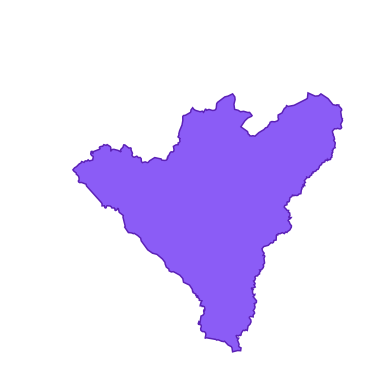 Dak Mil, Đắk Nông, Vietnam, rotated 200°
{"feature_id": "81297802B8433513238207", "entity_name": "Dak Mil", "entity_type": "district", "adm_level": 2, "iso_a3": "VNM", "parent_name": "Vietnam", "parent_adm1": "Đắk Nông", "projection": "mercator", "projection_center": [107.656, 12.52], "detail": "fine", "context": "isolated", "style": "filled", "palette": "violet", "viewbox_px": 384, "rotation_deg": 200, "n_neighbors": 0, "source": "geoboundaries", "source_scale": "gbopen_adm2", "svg_char_len": 5905}
<svg xmlns="http://www.w3.org/2000/svg" viewBox="0 0 384 384"><g transform="rotate(200 192 192)"><path d="M92.0,59.5L92.6,62.3L94.6,62.5L95.5,63.2L95.7,65.1L98.6,68.3L98.1,70.6L100.0,70.3L101.3,72.0L100.8,72.6L99.1,72.6L98.6,73.6L97.5,73.7L97.0,74.2L97.4,76.4L96.7,79.3L96.0,79.8L94.9,79.8L94.4,80.9L92.7,80.8L93.5,85.3L92.3,87.5L92.1,90.1L93.0,92.0L94.9,93.1L95.3,93.9L94.6,95.0L91.8,95.6L92.5,97.2L91.7,99.5L92.3,100.5L93.9,101.6L93.3,103.8L93.4,105.6L94.2,106.1L94.5,107.7L95.3,108.4L93.7,110.1L94.2,111.9L98.7,114.5L97.8,116.5L97.9,117.3L98.9,116.6L99.6,116.9L100.6,118.0L101.5,120.3L101.1,121.2L101.9,121.5L102.6,121.2L103.2,121.9L103.0,122.3L101.9,122.5L100.1,124.3L102.0,126.2L101.4,126.7L101.4,127.6L103.7,129.4L102.9,130.3L102.8,132.4L103.9,133.5L103.0,135.1L101.7,135.6L101.4,137.2L100.5,138.1L101.1,139.6L100.6,141.0L101.7,141.9L100.1,142.7L99.2,145.3L99.3,146.9L100.2,147.9L99.5,150.1L101.7,154.3L101.6,156.5L102.2,157.1L103.5,156.7L103.3,159.2L105.4,160.5L106.8,162.7L105.9,165.3L102.1,168.0L100.5,171.3L99.0,171.6L98.3,172.5L98.4,174.5L96.5,175.6L97.9,180.2L97.7,180.8L96.7,180.9L96.7,182.4L95.0,182.8L93.3,184.7L91.0,184.5L90.4,186.3L88.9,186.5L88.8,187.3L87.1,189.8L86.6,192.9L87.0,194.3L89.2,195.7L90.3,197.1L91.9,197.9L91.7,199.2L90.4,200.7L90.1,201.9L92.2,201.2L92.5,201.8L91.9,203.3L93.0,205.7L94.5,205.9L94.9,207.7L96.5,207.3L98.5,208.6L99.9,209.0L100.3,210.2L100.1,211.1L98.4,212.5L99.2,214.9L98.8,215.5L97.8,215.7L97.4,216.6L98.0,220.2L96.6,222.0L96.6,223.4L96.0,223.6L95.0,223.3L94.4,224.0L92.2,224.6L91.4,225.1L91.0,226.4L89.1,227.7L89.9,231.1L89.8,232.9L90.3,233.3L89.9,234.8L89.2,234.9L89.1,235.4L90.0,236.4L88.4,236.7L89.4,237.8L89.3,239.0L88.7,239.7L90.3,241.0L89.0,244.6L89.3,245.2L88.1,245.1L86.7,246.0L86.7,247.3L85.4,249.0L85.8,250.5L84.7,251.4L85.2,252.1L82.8,254.0L82.4,255.6L81.2,256.5L80.9,258.7L81.1,259.7L80.5,261.2L79.7,261.9L79.8,263.7L77.5,265.7L77.6,267.4L77.0,267.8L75.8,267.8L75.9,268.6L75.5,268.2L75.4,268.8L74.7,268.7L74.4,269.4L73.7,269.4L73.0,270.0L73.2,271.7L72.5,272.5L72.9,273.2L72.8,274.2L73.7,275.1L73.4,276.0L73.8,276.7L73.3,277.6L74.4,279.1L73.8,279.8L74.0,280.9L73.7,281.6L72.6,282.6L73.4,283.4L74.2,287.2L76.6,289.1L76.1,290.4L77.6,292.7L78.9,293.8L78.9,294.5L79.9,295.4L80.9,297.2L79.7,300.2L78.0,300.7L77.0,301.6L74.5,301.8L73.7,302.6L73.4,303.7L75.5,306.5L75.0,310.5L75.7,311.3L75.6,312.2L76.8,312.9L79.8,318.5L79.3,320.2L80.0,321.3L83.4,323.1L83.7,324.0L85.7,323.5L85.7,322.8L89.5,322.3L96.1,326.3L104.4,328.3L105.9,325.7L109.1,324.2L116.9,324.8L115.6,319.5L116.6,318.1L125.7,308.4L130.9,305.3L132.7,305.5L132.7,303.5L133.8,302.2L134.5,297.1L137.4,293.8L136.5,291.2L135.5,290.1L135.9,288.2L138.2,286.3L141.1,285.5L142.4,284.3L142.4,282.1L143.0,281.0L143.3,278.7L144.9,277.4L145.8,275.2L149.5,270.7L151.9,266.0L154.1,265.7L155.1,265.0L157.0,264.6L157.6,265.3L159.0,265.7L160.5,267.8L168.4,270.0L166.6,277.1L164.8,280.7L161.9,283.5L161.7,284.4L165.1,286.5L166.8,285.8L171.1,285.5L173.9,284.0L176.6,284.6L180.2,284.2L182.6,288.8L183.1,293.5L184.3,296.0L187.4,298.1L190.9,294.5L193.7,292.6L198.7,284.9L199.0,283.3L197.9,279.1L198.0,277.6L198.9,276.4L200.8,275.6L204.3,275.4L206.2,273.8L207.2,274.5L207.7,274.4L208.4,270.8L210.0,271.5L211.8,270.2L216.7,269.9L218.5,270.3L220.2,271.4L221.0,268.9L220.6,266.8L220.9,266.0L224.5,261.8L226.2,260.9L226.5,259.7L225.1,256.1L224.3,251.6L224.6,245.4L224.3,242.3L223.8,241.2L224.0,239.0L221.5,238.1L221.7,237.4L220.6,235.4L221.1,233.9L221.8,233.3L221.2,231.8L223.3,230.7L225.1,228.5L223.4,225.7L223.1,224.1L223.8,223.0L225.1,222.7L225.7,222.2L226.1,220.9L226.2,219.0L226.8,217.6L226.6,217.0L226.9,216.5L226.4,215.7L226.9,215.2L226.5,214.4L226.9,213.3L228.2,212.4L230.8,211.7L231.5,211.7L232.3,212.5L238.8,211.6L242.5,206.9L243.3,204.8L244.1,204.3L246.3,204.3L248.7,202.6L250.0,203.4L251.2,206.0L252.5,206.7L254.2,206.0L256.1,206.8L258.2,204.9L259.4,204.9L261.0,205.9L261.2,208.1L263.6,210.6L264.2,212.3L265.0,212.4L266.3,211.7L271.3,213.3L272.3,212.9L272.2,210.3L273.4,207.9L273.5,206.7L272.6,205.9L272.9,205.4L275.7,205.8L280.0,205.4L281.6,204.6L282.1,203.0L282.4,202.9L283.5,205.9L284.3,206.7L288.0,207.5L288.6,206.5L291.1,206.3L291.6,204.4L293.0,203.8L294.2,202.7L294.2,202.0L293.3,201.3L293.4,200.7L298.5,196.2L298.4,194.5L298.9,194.6L300.0,196.0L300.6,195.5L300.2,193.1L298.7,191.9L297.4,191.8L296.8,191.2L296.3,188.1L299.0,186.1L300.6,186.7L301.3,185.2L303.0,184.7L303.6,182.9L306.1,182.9L306.4,181.0L307.5,180.0L309.2,176.3L310.6,174.6L311.5,172.1L310.0,171.1L307.3,170.3L306.6,168.9L305.8,168.9L304.0,168.0L302.9,166.5L302.2,164.3L302.6,163.5L302.0,162.7L300.8,162.4L299.0,163.2L294.1,163.1L293.4,161.8L292.5,161.2L273.6,151.1L272.5,150.2L271.8,148.2L269.7,149.1L268.5,147.5L267.8,147.4L267.3,147.9L267.5,149.3L267.1,150.1L264.2,150.8L263.0,150.6L261.9,149.6L259.5,150.4L258.5,149.6L258.3,148.7L257.4,148.5L256.6,149.4L256.2,151.1L255.6,151.2L253.4,148.0L248.5,146.4L248.3,144.8L243.0,136.9L243.3,136.0L237.9,132.1L234.9,132.9L232.9,132.8L232.1,133.4L228.3,132.6L224.5,131.1L223.0,128.7L213.8,122.5L208.2,121.0L203.6,121.4L196.8,118.9L193.4,116.7L192.6,115.2L190.5,112.7L187.4,111.7L186.5,110.1L184.1,109.8L182.3,110.8L175.0,109.7L171.1,107.6L169.1,104.3L162.5,103.7L158.4,100.6L157.5,98.9L156.8,98.6L156.7,97.9L153.4,97.3L152.9,96.0L151.4,96.3L151.6,94.9L151.0,94.8L150.5,95.4L150.0,94.7L148.6,94.1L148.1,92.7L145.5,93.1L145.8,90.6L145.4,90.1L145.7,89.5L145.4,87.9L144.0,88.4L143.3,87.9L142.9,88.5L141.1,88.4L140.0,86.7L139.6,85.3L139.7,84.6L140.4,85.0L140.4,84.2L139.0,81.9L139.7,79.8L141.1,78.5L139.7,71.6L139.8,71.0L140.2,70.9L140.6,72.6L141.2,72.7L141.1,70.4L140.6,69.9L138.5,70.3L137.6,69.6L137.1,68.2L137.2,66.7L136.3,65.0L134.5,64.4L132.5,65.0L131.1,64.3L130.2,62.8L129.7,59.3L129.3,59.3L128.8,59.9L119.3,61.6L118.1,61.3L117.0,62.1L113.1,61.9L110.9,62.3L110.3,62.9L105.8,60.6L102.2,60.1L101.1,59.2L99.2,55.7L94.9,58.6L92.0,59.5Z" fill="#8b5cf6" stroke="#5b21b6" stroke-width="1.5"/></g></svg>